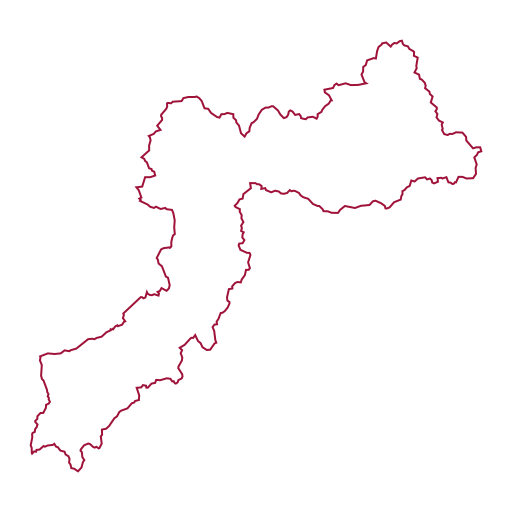 the district of Huancayo, Junín, Peru
{"feature_id": "86281439B94179749418482", "entity_name": "Huancayo", "entity_type": "district", "adm_level": 2, "iso_a3": "PER", "parent_name": "Peru", "parent_adm1": "Junín", "projection": "orthographic", "projection_center": [-75.119, -12.172], "detail": "fine", "context": "isolated", "style": "outline", "palette": "rose", "viewbox_px": 512, "rotation_deg": 0, "n_neighbors": 0, "source": "geoboundaries", "source_scale": "gbopen_adm2", "svg_char_len": 5990}
<svg xmlns="http://www.w3.org/2000/svg" viewBox="0 0 512 512"><path d="M40.1,356.4L40.5,357.5L39.9,360.3L41.8,365.1L41.1,375.8L42.0,379.0L43.6,380.7L47.0,389.9L47.2,391.9L48.5,394.2L47.7,396.3L48.9,398.0L48.7,399.3L49.9,401.8L48.6,403.7L46.1,404.8L45.9,407.8L43.3,412.9L40.5,413.0L37.4,416.2L37.3,418.9L35.2,421.0L35.3,422.0L37.5,424.5L36.7,427.1L35.1,429.2L34.8,431.9L32.7,432.9L32.1,434.1L32.3,437.4L30.7,445.3L31.7,447.9L31.8,453.0L32.1,453.6L34.2,451.4L36.1,451.7L36.5,449.9L39.5,449.6L43.6,446.0L44.9,446.7L47.6,445.5L52.9,444.9L54.3,443.8L56.0,446.6L57.8,447.2L60.4,450.6L64.6,451.7L65.5,454.4L68.5,456.3L69.5,458.8L69.1,462.7L70.5,464.5L71.3,468.1L74.1,468.7L78.0,471.3L81.5,467.5L82.9,462.2L84.3,460.1L82.4,457.2L81.8,452.1L80.5,450.7L80.9,449.3L84.1,445.3L88.3,443.5L90.2,444.2L93.2,447.0L94.8,447.6L96.4,446.8L98.7,448.4L99.5,448.0L101.7,443.6L100.8,436.4L102.1,434.8L101.9,429.6L106.2,428.7L109.1,426.0L114.4,418.2L117.0,416.4L119.3,412.0L121.3,410.6L127.4,408.4L131.9,403.2L134.1,402.6L135.1,401.0L138.9,400.0L139.2,395.4L136.7,387.8L141.2,387.4L143.0,385.1L146.0,385.7L146.4,387.7L147.8,387.7L151.5,383.6L155.1,382.9L156.2,379.9L160.2,380.2L166.7,378.3L170.4,378.8L172.2,381.4L173.7,381.2L174.7,383.1L175.8,383.6L177.6,382.4L178.5,380.0L181.6,378.5L182.5,376.6L182.2,374.2L178.3,368.2L178.4,366.7L181.9,360.5L182.3,357.6L180.7,353.2L182.1,350.2L179.7,347.8L184.7,344.8L190.3,338.6L191.3,337.8L193.2,337.9L195.2,335.1L198.0,341.0L200.6,343.2L202.5,347.2L206.8,350.0L210.2,349.7L214.5,343.5L216.3,342.7L215.3,340.0L214.2,331.0L212.6,327.1L214.4,324.6L217.0,324.3L216.6,321.7L218.5,318.8L220.7,313.0L222.4,312.8L224.8,311.1L227.6,307.6L229.5,303.5L229.4,301.9L227.4,300.6L227.0,297.5L228.9,289.1L232.4,288.5L232.2,286.3L235.1,283.0L237.5,282.0L240.8,282.4L241.7,279.5L244.9,275.1L246.0,269.9L248.7,269.8L249.9,268.1L248.1,262.4L250.4,255.1L250.1,253.9L249.4,252.9L246.9,252.8L240.4,249.8L238.6,245.3L239.2,243.6L242.6,243.2L244.4,240.1L242.3,237.5L242.6,234.4L243.7,232.3L241.1,230.9L241.9,228.1L241.1,225.7L243.4,222.1L241.4,218.3L241.7,215.2L239.7,211.7L239.9,209.2L235.5,207.0L234.7,205.8L237.6,202.8L239.5,199.4L242.6,198.6L243.4,194.1L250.9,188.2L250.1,183.1L255.4,183.1L257.1,184.2L259.2,184.3L261.6,186.0L261.3,188.9L265.2,188.1L266.0,190.1L271.2,192.3L275.2,190.7L279.0,191.6L280.9,193.4L283.9,193.8L287.1,193.0L289.8,190.1L291.4,191.3L293.4,190.7L295.4,191.1L299.0,193.0L300.5,195.2L303.2,197.2L308.2,198.8L313.0,204.0L317.7,206.0L319.3,206.0L322.7,209.3L323.5,211.2L327.8,211.3L331.6,212.8L338.0,212.9L340.2,209.8L344.9,206.0L355.0,208.0L360.9,205.8L369.5,205.0L372.9,201.3L375.5,200.7L381.2,203.3L384.8,205.9L385.5,208.4L386.8,208.5L389.6,207.4L394.1,202.2L400.7,199.6L401.4,195.9L402.5,194.3L402.4,191.2L404.6,190.0L406.8,187.4L409.7,185.9L411.3,180.5L414.6,181.5L417.9,178.5L425.1,177.3L427.0,179.4L429.9,178.5L431.7,180.2L432.2,182.5L434.0,183.4L438.0,181.7L437.5,178.1L441.4,177.8L442.4,178.5L446.4,177.2L448.4,182.3L450.7,182.7L452.4,184.0L453.7,183.8L455.0,182.2L456.0,182.4L458.5,176.9L462.6,176.9L466.5,178.5L473.1,178.2L476.0,173.9L475.6,168.0L476.7,164.5L474.3,157.4L477.0,154.8L478.1,152.3L481.3,151.3L480.2,147.3L476.4,147.3L473.0,148.3L466.3,140.5L466.1,136.9L462.4,132.6L456.0,132.3L452.3,134.0L449.8,133.8L447.7,135.0L444.2,134.1L442.0,130.0L442.7,128.9L441.7,124.6L442.8,122.5L439.0,120.6L436.5,117.4L437.4,114.0L435.4,111.3L436.8,109.2L436.8,107.5L430.8,102.5L432.6,96.5L429.9,94.0L429.4,91.6L425.1,88.2L425.7,85.6L424.7,82.7L421.7,79.5L419.9,78.9L419.0,74.6L414.5,72.5L416.7,68.2L416.3,66.0L417.7,57.6L413.9,55.8L414.1,52.0L413.5,51.3L409.3,48.9L407.9,46.4L404.1,45.3L402.8,43.8L401.9,40.7L399.8,41.1L396.7,43.4L394.3,43.0L392.0,44.7L390.7,46.6L386.2,42.5L382.1,43.4L381.6,44.6L378.6,46.9L377.1,51.1L375.9,58.5L373.7,58.1L367.1,60.4L365.8,65.0L363.2,67.0L363.1,71.6L361.5,74.5L364.6,82.3L366.2,83.3L358.3,84.9L350.9,85.1L345.6,83.3L338.6,85.2L336.6,83.6L334.5,85.0L333.0,88.0L324.4,89.7L324.9,92.4L329.0,95.3L331.7,100.4L330.7,100.5L328.7,103.7L325.2,106.1L322.4,109.6L321.4,111.9L317.6,114.2L317.7,116.5L316.6,118.7L313.0,116.8L307.7,117.4L305.8,119.2L302.7,118.6L301.1,118.1L300.7,116.1L299.2,114.1L295.1,114.9L292.6,111.6L290.3,110.4L288.8,111.6L288.1,114.9L286.5,117.2L283.8,118.1L280.2,114.3L278.0,110.5L273.2,106.3L271.7,106.2L268.3,107.6L265.5,107.6L261.8,109.8L258.7,114.4L257.0,118.8L253.4,122.4L251.7,123.0L249.7,127.7L249.3,131.4L246.6,133.1L244.6,136.6L241.0,133.2L239.0,125.6L236.3,122.4L236.1,120.3L233.4,117.7L233.3,114.2L227.3,112.9L224.5,114.1L221.4,114.2L219.5,117.6L217.0,117.0L211.0,112.9L208.2,108.8L204.5,108.3L201.8,101.2L199.3,98.2L196.6,96.5L195.0,97.0L188.4,97.0L183.4,98.1L181.6,101.1L172.8,101.7L171.0,103.3L167.9,102.9L167.0,103.4L167.2,106.4L166.3,108.8L161.2,114.7L161.1,116.3L162.2,118.1L162.0,120.1L157.2,125.7L160.5,129.9L155.9,131.4L153.7,133.9L148.8,136.0L149.9,137.3L150.6,140.3L149.1,145.7L149.2,150.4L141.5,157.3L144.3,158.9L145.0,160.8L146.9,162.4L149.1,168.3L151.5,169.0L152.0,170.7L154.2,171.7L155.2,175.5L150.2,177.2L145.1,177.2L142.2,186.6L136.4,187.3L138.7,190.1L141.4,197.6L139.3,198.6L140.7,200.0L140.0,200.9L147.6,204.5L150.2,206.8L154.0,207.9L156.0,206.7L160.6,209.0L165.3,207.9L166.5,209.2L172.0,209.9L173.3,213.0L174.7,220.3L174.2,227.4L174.8,234.1L173.2,235.3L172.2,237.9L171.3,242.1L171.3,246.5L169.8,247.9L169.2,247.4L163.5,248.2L161.1,249.4L156.7,258.0L157.8,259.6L158.6,263.5L162.0,266.4L165.9,276.6L168.0,277.7L169.7,285.2L168.9,288.4L166.6,290.8L161.5,288.1L159.8,291.0L157.6,291.9L159.0,293.5L158.5,295.6L154.1,294.2L152.0,295.2L150.0,295.0L147.7,293.8L146.9,292.1L145.4,297.5L143.4,298.3L142.3,297.3L140.8,297.1L123.3,313.5L123.9,314.9L122.9,318.1L125.2,321.3L123.9,321.9L122.1,324.7L117.9,326.2L117.3,325.3L115.3,326.4L113.2,329.2L112.8,328.8L111.2,329.9L110.6,329.4L110.3,330.5L106.5,332.2L101.6,336.7L96.7,337.9L94.4,339.2L92.0,338.7L88.1,339.2L76.3,348.6L70.4,350.3L69.5,351.2L64.6,350.4L60.7,353.4L54.6,354.0L47.8,353.4L40.1,356.4Z" fill="none" stroke="#9f1239" stroke-width="2"/></svg>